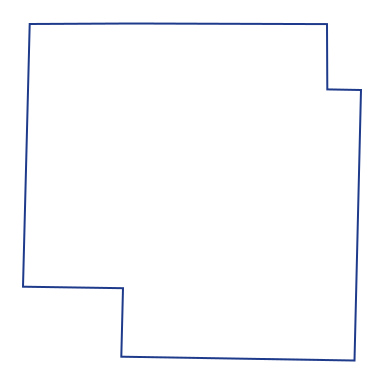 outline of Macon, Missouri, United States of America
{"feature_id": "52423323B33706621992499", "entity_name": "Macon", "entity_type": "district", "adm_level": 2, "iso_a3": "USA", "parent_name": "United States of America", "parent_adm1": "Missouri", "projection": "equal_earth", "projection_center": [-92.511, 39.822], "detail": "fine", "context": "isolated", "style": "outline", "palette": "blue", "viewbox_px": 384, "rotation_deg": 0, "n_neighbors": 0, "source": "geoboundaries", "source_scale": "gbopen_adm2", "svg_char_len": 251}
<svg xmlns="http://www.w3.org/2000/svg" viewBox="0 0 384 384"><path d="M361.0,90.0L327.3,89.4L327.0,24.1L132.5,23.5L29.7,24.0L23.0,286.7L123.0,288.2L121.3,356.7L353.5,360.5L354.5,360.5L361.0,90.0Z" fill="none" stroke="#1e3a8a" stroke-width="2"/></svg>